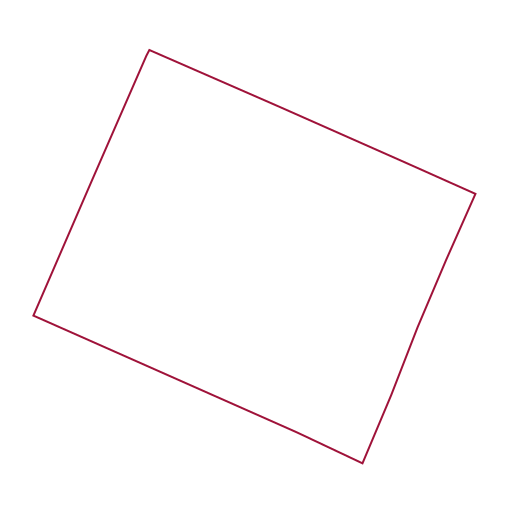 outline of Calhoun, Michigan, United States of America, rotated 24°
{"feature_id": "52423323B83216997168668", "entity_name": "Calhoun", "entity_type": "district", "adm_level": 2, "iso_a3": "USA", "parent_name": "United States of America", "parent_adm1": "Michigan", "projection": "orthographic", "projection_center": [-84.967, 42.246], "detail": "fine", "context": "isolated", "style": "outline", "palette": "rose", "viewbox_px": 512, "rotation_deg": 24, "n_neighbors": 0, "source": "geoboundaries", "source_scale": "gbopen_adm2", "svg_char_len": 317}
<svg xmlns="http://www.w3.org/2000/svg" viewBox="0 0 512 512"><g transform="rotate(24 256 256)"><path d="M214.3,110.2L74.8,111.2L74.4,117.5L75.4,255.8L76.9,401.0L365.3,400.5L437.6,402.1L436.1,328.2L432.6,255.4L431.3,182.3L431.2,110.0L359.1,109.9L214.3,110.2Z" fill="none" stroke="#9f1239" stroke-width="2"/></g></svg>